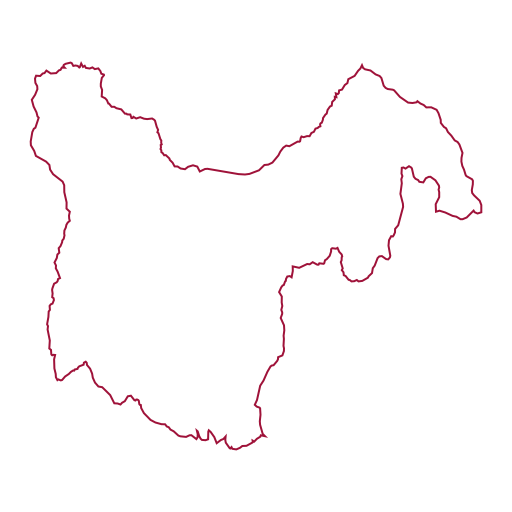 the district of Curití, Santander, Colombia
{"feature_id": "7082276B68920496479863", "entity_name": "Curití", "entity_type": "district", "adm_level": 2, "iso_a3": "COL", "parent_name": "Colombia", "parent_adm1": "Santander", "projection": "equal_earth", "projection_center": [-73.025, 6.613], "detail": "fine", "context": "isolated", "style": "outline", "palette": "rose", "viewbox_px": 512, "rotation_deg": 0, "n_neighbors": 0, "source": "geoboundaries", "source_scale": "gbopen_adm2", "svg_char_len": 5922}
<svg xmlns="http://www.w3.org/2000/svg" viewBox="0 0 512 512"><path d="M103.9,74.6L101.3,73.7L100.4,71.1L98.3,68.4L94.8,69.1L92.4,67.4L89.7,68.5L85.9,67.9L84.7,65.8L83.0,66.9L81.2,63.5L79.8,67.2L79.3,67.5L77.7,65.9L75.5,65.5L73.3,65.9L71.8,63.2L70.6,62.6L65.6,63.8L63.8,64.9L63.3,66.2L64.7,67.7L61.8,67.6L60.5,69.9L59.0,70.3L56.2,73.1L50.8,73.5L46.4,70.6L44.5,73.1L42.7,73.5L40.2,76.0L36.1,75.7L35.0,78.6L35.4,82.9L37.2,86.1L37.4,89.2L35.1,94.8L31.8,99.8L33.6,106.5L36.5,112.4L37.5,116.4L38.7,117.7L35.4,127.7L33.8,128.8L32.3,132.1L30.7,141.5L30.9,145.3L34.2,150.9L35.9,155.9L46.1,161.6L49.4,165.0L50.1,169.6L53.1,174.2L62.6,181.6L64.2,185.2L64.3,192.2L66.6,202.4L66.5,208.6L69.8,211.7L69.0,215.6L69.2,218.7L69.8,220.8L67.7,222.6L66.4,224.8L65.8,227.6L64.4,230.5L64.2,233.7L64.5,235.3L63.7,238.8L62.3,240.5L62.1,242.3L60.5,246.1L58.7,248.2L59.3,252.7L57.4,254.5L56.8,258.0L54.5,262.5L56.0,265.5L55.8,268.3L57.6,271.6L60.0,278.1L58.0,279.1L57.7,280.9L56.7,282.3L54.1,283.7L52.4,288.4L52.1,289.9L52.6,293.5L52.2,297.2L53.6,298.2L53.9,300.1L52.5,303.6L50.8,304.3L49.6,305.9L49.9,309.9L48.7,311.5L48.4,317.0L47.1,324.3L48.0,326.1L47.6,329.5L49.8,340.5L49.3,348.5L51.0,349.9L51.3,354.2L51.7,354.9L52.2,355.3L53.3,354.8L55.1,355.0L54.1,359.3L54.4,368.5L55.7,373.9L55.9,377.2L57.4,380.1L58.3,379.4L60.8,380.4L62.1,380.0L65.1,376.5L68.8,374.0L71.0,371.8L73.1,370.5L74.2,370.6L74.7,369.5L77.5,368.9L78.0,367.6L79.3,366.3L83.6,364.7L83.9,362.7L85.7,361.7L86.7,362.8L87.0,365.0L90.1,368.7L92.1,373.6L92.8,377.7L95.0,382.6L98.4,386.5L102.2,387.2L110.2,395.1L114.3,403.3L117.6,403.5L120.5,404.5L122.0,402.8L124.8,401.2L127.8,396.3L130.9,395.7L134.4,400.2L135.5,400.5L136.3,399.5L137.1,399.5L138.3,400.1L138.8,400.8L139.3,404.1L139.8,404.8L140.8,405.0L141.2,408.1L143.9,413.1L150.5,419.9L155.4,422.5L161.5,424.2L165.1,424.3L166.8,426.5L168.7,427.2L170.5,429.6L173.7,431.3L178.4,435.6L180.3,436.3L186.1,436.9L189.5,435.3L191.4,435.2L196.4,439.1L197.6,437.2L197.7,434.1L196.9,430.7L197.7,431.4L199.2,436.1L200.6,438.7L201.9,439.9L205.5,440.2L208.1,439.3L208.3,431.6L208.8,430.3L210.7,432.0L214.3,437.1L216.7,443.2L220.9,440.0L223.4,439.0L225.6,436.5L225.3,440.1L225.8,442.7L229.6,448.1L230.2,448.5L231.5,447.1L232.3,448.8L236.3,449.4L240.0,447.8L242.3,446.0L246.5,445.8L252.0,442.8L252.8,442.2L252.6,440.6L254.2,441.6L256.9,438.8L260.3,436.7L260.8,435.3L265.0,436.2L262.7,433.9L260.1,424.8L259.8,421.3L260.5,414.8L260.1,408.3L259.5,407.6L256.7,406.6L254.8,404.8L257.0,400.0L260.2,385.7L263.5,380.6L267.4,371.8L270.5,366.5L271.6,365.6L273.6,365.2L277.2,360.9L278.0,359.2L278.1,357.2L282.4,355.4L283.9,351.1L284.0,348.4L283.5,345.9L283.9,338.9L283.6,335.7L284.3,330.4L284.0,325.3L280.7,318.0L282.2,313.9L282.2,312.3L281.3,309.9L282.3,306.0L281.7,302.5L281.8,296.5L279.1,292.1L281.2,287.4L282.6,285.5L283.8,285.0L285.1,281.4L285.8,280.9L286.0,279.0L287.3,276.5L289.8,276.1L291.6,277.3L292.8,271.0L292.7,266.4L299.2,267.8L307.2,264.0L309.7,264.3L312.7,262.2L317.3,264.7L318.5,264.7L319.3,263.3L323.6,263.8L324.2,263.3L325.0,260.3L326.8,259.1L329.7,255.8L331.1,251.5L331.1,249.2L332.2,248.2L336.0,248.7L337.5,247.9L339.2,251.8L341.7,254.5L342.2,256.5L341.7,257.2L341.6,260.3L340.8,262.1L342.7,268.4L341.8,270.1L343.5,272.3L343.8,275.2L345.6,276.0L348.6,279.8L349.6,279.9L351.5,281.4L354.2,281.2L356.8,280.0L358.5,281.4L362.3,280.9L367.9,277.7L368.6,276.3L372.0,273.1L372.8,268.2L374.7,265.6L377.6,258.1L379.3,256.4L381.9,256.1L386.1,259.1L388.2,259.4L389.9,257.4L390.3,255.8L388.5,245.7L389.0,240.2L391.2,236.2L392.8,236.5L393.7,235.3L395.0,232.4L395.1,228.9L398.2,225.3L403.1,206.9L402.9,203.7L400.4,193.9L401.8,183.3L401.3,179.2L402.4,176.1L401.5,173.6L401.8,167.8L403.5,167.5L405.5,168.6L409.0,166.2L411.3,167.6L411.9,168.5L413.8,176.7L415.5,178.8L418.2,180.1L419.3,181.8L423.3,182.4L425.8,178.3L428.6,176.9L430.5,176.8L435.4,180.3L438.9,185.6L439.2,187.4L438.6,189.6L439.2,192.1L439.2,197.2L435.7,204.2L436.0,211.7L439.5,210.7L445.3,212.5L452.6,215.9L456.4,216.7L460.5,219.2L462.6,219.2L466.7,217.5L473.6,210.6L474.6,212.2L477.5,213.5L481.3,212.3L481.3,205.0L479.7,200.8L474.0,195.3L472.2,193.0L471.8,190.1L472.8,184.4L472.9,180.8L472.1,179.3L466.4,176.1L465.6,174.9L464.0,169.6L462.3,165.9L461.4,161.6L461.5,157.9L462.5,152.9L459.4,144.5L457.6,142.0L454.7,140.4L451.3,135.6L447.9,132.0L446.1,128.3L443.9,126.9L440.8,122.9L440.7,119.8L438.5,113.2L436.6,109.8L431.2,107.3L426.3,107.4L423.7,105.0L420.4,103.5L417.4,101.2L416.6,102.3L412.5,103.0L408.1,102.6L399.9,96.9L394.1,90.3L392.8,89.7L387.7,89.0L385.6,87.9L383.7,85.7L381.4,78.0L379.6,76.0L375.6,74.4L370.5,70.5L365.0,69.3L363.1,67.9L362.0,65.2L360.4,68.5L358.1,70.8L354.6,75.9L348.3,79.2L347.4,83.1L344.8,85.0L342.0,89.6L339.1,90.4L338.8,93.1L337.8,94.1L335.8,93.4L336.4,97.2L334.8,96.8L334.9,99.3L332.2,101.9L331.7,105.7L330.0,106.5L327.6,109.9L326.7,113.6L325.4,114.6L323.0,118.1L322.9,119.7L321.8,122.7L320.6,123.3L320.1,124.2L320.4,126.3L318.6,127.0L317.7,128.0L315.5,128.6L313.9,131.8L311.4,133.0L309.6,136.2L307.1,136.1L303.6,137.2L301.5,136.5L300.7,138.0L300.1,141.2L299.5,141.7L297.6,141.6L289.4,146.2L286.2,145.6L283.3,147.6L280.3,151.6L278.4,155.4L272.4,162.6L268.3,164.6L264.4,165.0L259.0,170.3L249.5,173.9L245.0,174.5L238.5,174.1L207.5,168.8L205.0,169.0L199.8,171.5L197.3,166.6L193.0,165.3L188.1,166.8L185.0,169.2L180.6,168.5L177.6,166.5L174.6,166.4L172.6,162.7L169.8,159.9L169.4,158.5L165.8,155.1L164.2,155.3L162.7,153.1L161.4,152.2L161.3,150.2L160.5,149.0L161.0,147.7L160.7,145.0L161.7,144.4L161.2,142.9L161.3,140.5L160.4,139.2L158.5,133.2L157.4,132.3L158.1,129.9L156.7,126.8L155.0,120.7L154.2,119.8L152.1,118.5L147.2,119.1L144.0,118.7L140.2,117.2L136.2,118.5L133.4,116.8L132.6,118.0L131.5,118.1L130.3,114.5L127.2,114.4L126.5,113.7L125.0,113.7L121.3,109.4L116.4,108.2L114.3,106.8L111.6,106.8L109.0,103.6L108.3,103.5L106.9,100.2L105.2,98.3L101.7,96.5L102.1,89.9L100.8,86.4L100.8,83.7L101.8,77.9L104.0,75.2L103.9,74.6Z" fill="none" stroke="#9f1239" stroke-width="2"/></svg>